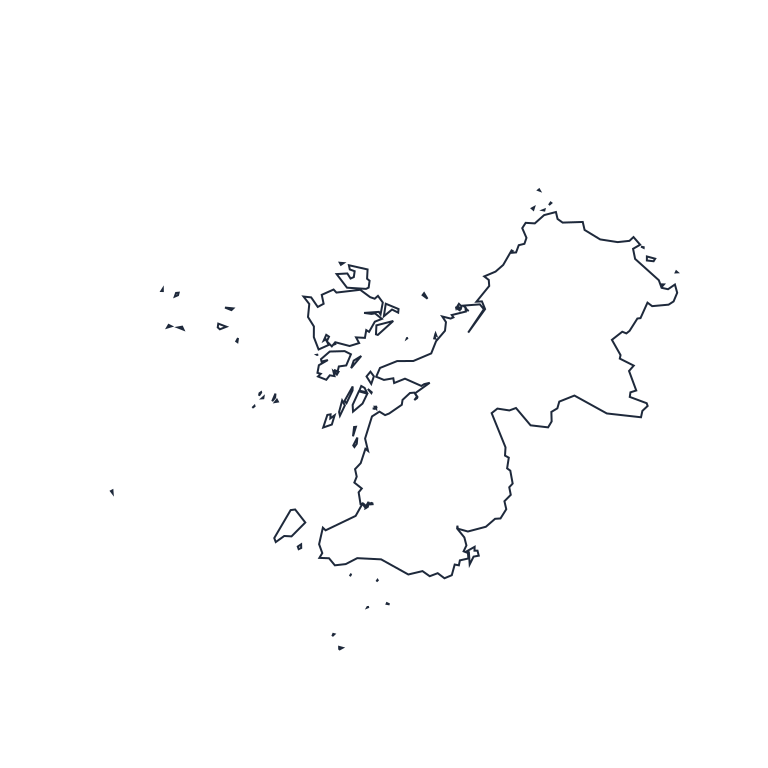 Belitung, Bangka-Belitung, Indonesia, rotated 30°
{"feature_id": "22746128B80009106787015", "entity_name": "Belitung", "entity_type": "district", "adm_level": 2, "iso_a3": "IDN", "parent_name": "Indonesia", "parent_adm1": "Bangka-Belitung", "projection": "robinson", "projection_center": [107.612, -2.94], "detail": "fine", "context": "isolated", "style": "outline", "palette": "slate", "viewbox_px": 768, "rotation_deg": 30, "n_neighbors": 0, "source": "geoboundaries", "source_scale": "gbopen_adm2", "svg_char_len": 6222}
<svg xmlns="http://www.w3.org/2000/svg" viewBox="0 0 768 768"><g transform="rotate(30 384 384)"><path d="M592.3,158.4L586.2,152.4L582.6,159.9L576.3,161.9L570.1,156.7L538.9,150.1L532.1,142.4L536.2,135.3L526.6,132.0L525.0,137.3L515.4,144.3L498.9,150.7L480.7,150.3L475.1,144.3L458.0,154.9L451.8,154.3L446.9,149.1L438.2,157.7L434.3,169.5L426.1,173.6L425.8,179.9L434.3,186.2L435.5,192.4L431.3,196.4L432.6,204.0L428.6,206.8L428.9,204.5L427.7,204.5L427.7,221.3L424.4,230.9L417.0,240.7L422.7,241.5L426.1,246.5L422.9,266.5L427.5,263.5L434.1,268.6L431.2,297.4L433.1,269.3L427.2,267.1L413.3,276.6L416.4,277.0L418.6,278.2L420.9,278.4L418.3,278.4L416.4,277.3L418.7,280.3L408.2,290.4L410.8,291.6L409.0,294.0L400.7,296.4L406.7,299.4L410.2,307.4L407.7,320.9L409.6,333.9L397.9,349.4L383.9,357.6L372.5,372.1L373.6,381.6L381.9,380.5L389.2,374.4L392.3,378.1L399.5,368.9L417.3,367.0L418.9,364.0L423.0,360.1L415.5,376.6L419.5,378.5L419.7,379.7L418.3,382.7L418.9,378.5L414.6,376.3L411.0,378.8L408.0,388.5L409.8,393.1L403.2,407.0L400.5,410.4L393.9,410.2L389.8,418.1L394.9,440.7L403.6,449.9L400.3,449.4L403.4,464.2L401.5,472.2L406.7,477.9L407.6,484.2L417.0,485.6L416.2,490.5L423.7,499.7L425.7,497.9L429.8,498.7L430.1,500.4L431.1,498.6L429.6,498.2L429.5,494.6L430.1,494.4L431.0,495.6L432.5,493.3L433.6,493.1L434.2,493.8L431.0,496.0L429.9,494.9L431.4,498.4L430.3,500.7L425.2,498.5L425.4,512.4L406.6,539.9L402.9,539.0L407.9,555.2L415.1,561.3L415.0,566.9L423.5,562.4L432.1,565.6L440.9,559.1L447.9,548.2L469.2,537.3L500.3,536.8L510.9,526.8L519.7,527.6L525.1,521.0L533.5,522.0L538.3,515.7L535.5,505.0L539.5,503.6L537.9,498.8L544.3,492.9L541.2,488.4L536.6,489.1L536.1,482.6L530.3,476.7L519.6,472.6L518.4,470.0L520.3,472.4L530.4,469.8L543.6,456.7L547.6,445.2L552.1,442.2L552.5,431.3L546.9,425.3L549.2,416.6L544.1,410.8L545.2,405.9L536.7,395.9L532.8,395.5L528.9,385.4L524.6,385.5L520.9,378.1L491.8,355.4L494.5,348.6L505.8,344.2L510.3,338.8L531.6,346.5L547.8,339.5L547.9,332.6L542.9,324.5L546.3,318.4L544.6,311.6L554.7,298.8L591.7,298.1L623.2,284.3L621.2,278.1L623.3,271.2L621.1,269.3L603.3,272.3L601.6,268.0L605.7,263.5L589.7,250.2L591.1,243.2L575.5,244.1L574.4,240.7L559.3,231.8L564.2,219.6L568.6,219.0L570.1,215.2L570.7,200.6L573.2,198.7L571.5,181.8L577.3,182.5L590.8,173.0L593.5,167.7L592.3,158.4ZM342.2,314.0L334.7,310.7L333.3,314.8L328.6,315.7L316.3,314.3L297.1,328.6L293.1,327.4L285.5,337.9L291.6,344.7L288.1,350.4L277.6,345.4L270.6,348.5L279.3,352.1L284.7,364.0L294.5,369.2L299.8,378.5L310.1,386.8L316.6,377.8L311.2,374.4L310.1,376.5L309.4,370.3L312.7,370.5L313.1,375.6L320.0,377.5L320.9,372.2L335.2,368.3L342.0,361.0L336.5,357.6L344.4,353.6L341.7,346.2L345.0,346.3L344.9,334.6L349.6,328.7L340.9,327.3L338.1,329.6L331.2,332.4L343.5,324.1L346.2,325.4L342.2,314.0ZM340.5,374.8L333.5,375.2L320.8,383.0L317.0,394.0L318.7,395.8L323.4,391.3L318.2,400.3L320.8,407.6L324.1,406.8L323.1,410.5L331.9,409.2L332.7,403.6L337.2,401.9L333.8,398.3L338.5,399.4L338.5,396.3L336.0,397.3L333.7,396.7L337.6,396.3L336.1,391.4L342.0,386.8L340.5,374.8ZM312.5,293.0L294.2,298.7L297.1,301.9L302.2,301.0L304.4,306.5L302.3,309.4L297.0,306.6L288.0,312.5L303.8,319.1L320.9,310.6L322.5,308.2L319.9,301.8L316.7,301.3L312.5,293.0ZM369.8,537.1L366.2,539.9L366.0,572.3L369.3,575.0L373.6,565.5L380.1,562.2L385.1,543.3L369.8,537.1ZM374.4,400.7L365.9,402.9L367.3,417.8L371.0,423.4L375.2,411.7L374.4,400.7ZM356.9,435.8L354.7,440.6L352.9,437.0L350.4,439.1L353.1,452.1L359.1,445.2L356.9,435.8ZM545.7,483.1L543.9,479.7L539.6,487.0L541.6,487.2L548.4,497.4L547.9,488.7L551.9,485.3L548.3,481.6L545.7,483.1ZM359.1,311.8L345.4,313.6L350.0,325.4L353.7,315.5L360.6,315.1L359.1,311.8ZM360.5,324.8L348.1,337.0L352.2,345.0L354.1,344.6L360.5,324.8ZM366.1,380.1L365.1,386.2L372.9,390.3L371.4,382.4L366.1,380.1ZM361.1,419.4L360.0,405.3L358.1,401.8L358.3,418.4L361.1,419.4ZM361.7,433.5L360.8,422.1L356.0,419.2L359.1,430.7L361.7,433.5ZM347.6,386.7L350.3,371.1L346.1,378.9L347.6,386.7ZM556.2,139.9L547.9,142.1L549.9,145.6L556.1,142.9L556.2,139.9ZM218.9,413.2L210.3,414.6L211.7,418.1L214.5,418.7L218.9,413.2ZM365.3,397.1L366.0,402.1L373.2,399.8L369.2,397.1L365.3,397.1ZM383.3,444.8L381.1,435.1L379.6,436.2L383.3,444.8ZM389.9,453.4L390.3,449.4L387.7,443.7L388.1,452.6L389.9,453.4ZM177.2,438.1L183.2,437.2L180.5,435.3L177.2,438.1ZM208.1,397.3L214.9,396.3L215.6,393.9L208.1,397.3ZM392.4,564.3L390.6,567.9L392.7,569.7L394.3,567.4L392.4,564.3ZM379.0,288.4L373.3,285.3L373.0,287.7L379.0,288.4ZM159.1,412.9L161.2,410.1L160.5,407.6L158.4,409.1L159.1,412.9ZM168.0,443.6L171.1,440.3L168.0,440.5L168.0,443.6ZM296.5,450.2L294.8,446.6L295.8,454.8L296.5,450.2ZM408.8,277.1L408.7,280.0L412.9,280.2L412.4,278.1L408.8,277.1ZM377.5,397.3L372.5,396.4L377.6,398.2L377.5,397.3ZM298.7,454.1L300.9,452.3L299.1,451.2L298.7,454.1ZM201.1,613.3L203.7,614.4L202.0,611.9L201.1,613.3ZM236.1,421.0L234.6,417.2L234.7,420.9L236.1,421.0ZM478.3,636.0L480.0,633.2L476.6,634.1L477.7,635.9L478.3,636.0ZM287.1,302.3L288.5,299.5L285.1,301.1L287.1,302.3ZM496.2,573.1L499.0,572.1L496.1,572.3L496.2,573.1ZM425.6,155.7L424.2,158.0L426.2,158.4L425.6,155.7ZM437.4,146.5L438.4,143.6L437.6,143.5L437.4,146.5ZM465.3,628.2L466.1,625.5L465.0,625.8L465.3,628.2ZM144.7,414.8L146.0,414.1L144.8,412.1L144.7,414.8ZM412.7,282.3L412.5,280.4L409.0,282.2L412.7,282.3ZM540.5,135.7L537.9,136.5L540.8,136.3L540.5,135.7ZM386.5,410.8L388.6,410.1L388.8,409.1L386.5,410.8ZM281.6,456.6L281.9,452.8L281.6,452.5L280.8,454.2L281.6,456.6ZM405.2,316.0L403.5,314.6L403.8,316.1L405.2,316.0ZM450.5,567.5L450.7,566.4L450.4,564.6L450.5,567.5ZM580.9,141.5L582.3,140.6L580.8,140.3L580.9,141.5ZM285.4,457.5L286.6,456.7L286.1,455.4L285.4,457.5ZM405.8,319.0L404.2,317.6L404.7,319.4L405.8,319.0ZM576.3,159.3L576.6,157.8L575.3,158.5L576.3,159.3ZM434.6,154.1L436.1,153.6L435.8,152.6L434.6,154.1ZM481.2,586.1L482.4,584.6L481.2,585.4L481.2,586.1ZM320.6,375.3L321.9,373.7L321.4,373.2L320.6,375.3ZM422.4,138.7L421.0,137.9L420.6,139.0L422.4,138.7ZM281.9,470.5L283.0,468.0L282.7,467.7L281.9,470.5ZM389.4,409.0L388.5,407.6L387.5,408.2L389.4,409.0ZM476.2,558.8L476.7,557.1L476.3,556.9L476.2,558.8ZM408.4,282.0L408.2,280.8L408.2,281.8L408.4,282.0ZM380.9,332.8L381.0,333.4L381.6,332.1L380.9,332.8ZM311.2,392.3L311.5,392.3L312.3,391.4L311.2,392.3Z" fill="none" stroke="#1e293b" stroke-width="2"/></g></svg>